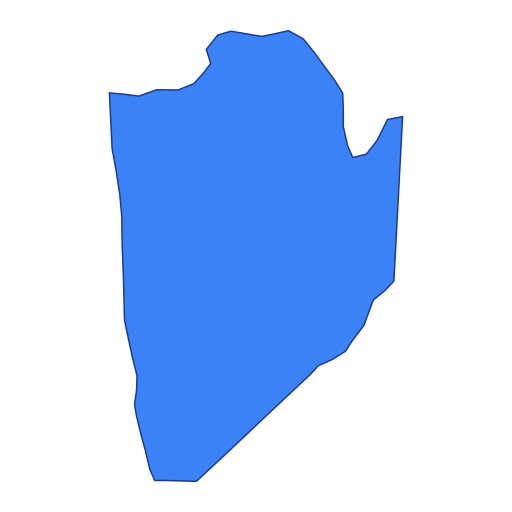 Estiva Gerbi, São Paulo, Brazil (Robinson projection)
{"feature_id": "56859067B75829164095202", "entity_name": "Estiva Gerbi", "entity_type": "district", "adm_level": 2, "iso_a3": "BRA", "parent_name": "Brazil", "parent_adm1": "São Paulo", "projection": "robinson", "projection_center": [-46.944, -22.24], "detail": "fine", "context": "isolated", "style": "filled", "palette": "blue", "viewbox_px": 512, "rotation_deg": 0, "n_neighbors": 0, "source": "geoboundaries", "source_scale": "gbopen_adm2", "svg_char_len": 832}
<svg xmlns="http://www.w3.org/2000/svg" viewBox="0 0 512 512"><path d="M402.6,116.6L387.5,119.5L377.1,140.4L366.3,154.2L352.7,157.4L347.6,145.6L343.3,126.6L343.3,108.9L342.7,93.2L334.4,79.9L324.6,66.6L313.8,51.9L303.0,38.6L288.3,30.7L275.1,33.7L261.5,36.4L245.6,33.7L230.9,31.2L217.7,35.1L206.3,49.4L210.7,63.4L204.1,72.3L193.9,83.6L178.0,90.0L156.8,89.7L138.9,96.1L124.0,94.2L109.4,92.9L112.1,148.5L116.0,169.9L119.8,194.5L121.9,217.9L121.9,231.4L122.3,248.9L123.4,276.7L124.0,299.3L124.5,320.4L132.3,356.8L137.0,375.8L136.6,389.8L134.5,404.8L136.6,416.4L141.1,435.0L145.3,450.3L149.8,469.2L154.7,480.5L165.9,480.5L196.5,481.3L233.1,447.1L269.8,412.4L311.0,373.8L318.3,365.7L332.3,359.5L345.5,351.2L352.0,341.1L363.9,325.4L373.3,300.0L384.8,290.7L393.9,281.1L402.6,116.6Z" fill="#3b82f6" stroke="#1e3a8a" stroke-width="1.5"/></svg>